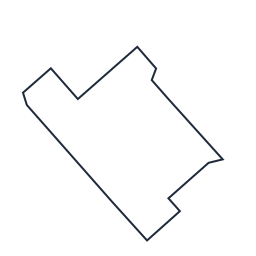 Lamar, Georgia, United States of America (Equal Earth projection), rotated 138°
{"feature_id": "52423323B62389899022657", "entity_name": "Lamar", "entity_type": "district", "adm_level": 2, "iso_a3": "USA", "parent_name": "United States of America", "parent_adm1": "Georgia", "projection": "equal_earth", "projection_center": [-84.155, 33.067], "detail": "fine", "context": "isolated", "style": "outline", "palette": "slate", "viewbox_px": 256, "rotation_deg": 138, "n_neighbors": 0, "source": "geoboundaries", "source_scale": "gbopen_adm2", "svg_char_len": 344}
<svg xmlns="http://www.w3.org/2000/svg" viewBox="0 0 256 256"><g transform="rotate(138 128 128)"><path d="M78.6,41.3L78.6,122.0L78.3,147.7L67.3,153.4L66.8,182.1L145.9,183.1L145.4,224.0L182.4,224.5L187.8,212.8L188.4,155.3L189.2,83.6L189.1,31.7L145.1,31.5L145.0,48.7L91.4,48.2L78.6,41.3Z" fill="none" stroke="#1e293b" stroke-width="2"/></g></svg>